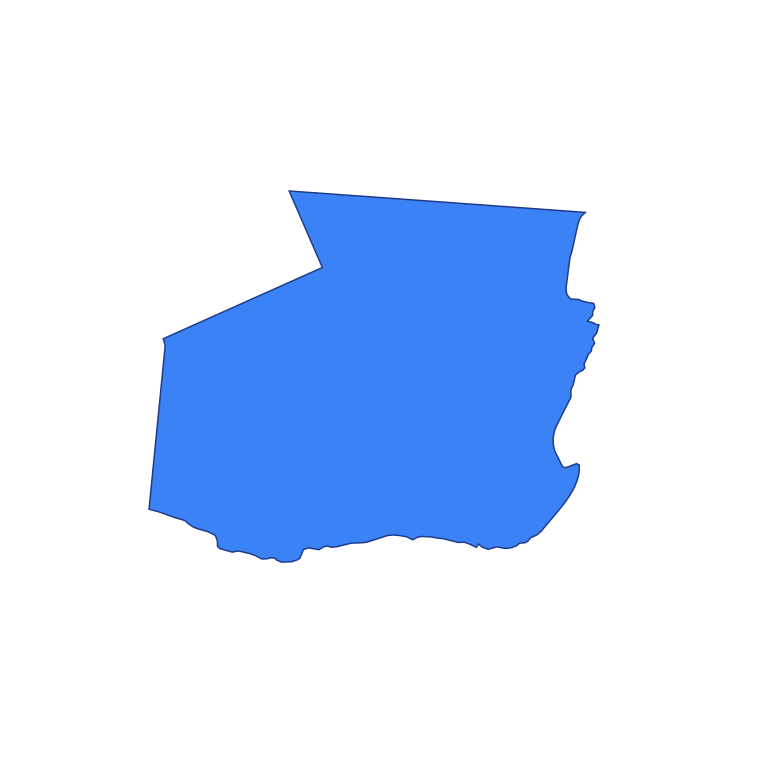 the district of Ngerbelau, Angaur, Palau, rotated 54°
{"feature_id": "81905179B91574201730062", "entity_name": "Ngerbelau", "entity_type": "district", "adm_level": 2, "iso_a3": "PLW", "parent_name": "Palau", "parent_adm1": "Angaur", "projection": "mercator", "projection_center": [134.149, 6.91], "detail": "fine", "context": "isolated", "style": "filled", "palette": "blue", "viewbox_px": 768, "rotation_deg": 54, "n_neighbors": 0, "source": "geoboundaries", "source_scale": "gbopen_adm2", "svg_char_len": 1742}
<svg xmlns="http://www.w3.org/2000/svg" viewBox="0 0 768 768"><g transform="rotate(54 384 384)"><path d="M217.6,536.0L224.4,538.5L347.2,647.7L355.5,641.0L368.4,632.3L377.3,625.4L382.2,624.3L387.1,622.6L391.1,620.2L399.9,613.3L407.2,609.5L412.4,610.8L414.9,612.3L417.4,614.1L420.5,613.7L430.8,605.6L433.2,600.4L435.4,598.2L440.0,594.3L442.3,592.2L447.2,589.0L453.8,585.6L456.6,581.4L458.1,577.5L460.6,574.8L463.8,574.1L467.8,571.7L473.5,563.1L475.4,557.3L475.4,554.3L473.6,551.4L470.7,546.6L471.9,541.7L479.8,534.0L480.3,528.2L481.9,525.0L485.1,522.5L487.7,518.3L493.6,503.9L500.1,494.2L502.1,490.2L508.6,470.4L511.1,465.9L515.3,460.9L521.0,455.4L526.9,452.3L527.7,446.8L529.6,443.0L535.1,436.1L540.6,430.8L543.7,427.2L555.9,417.0L559.0,412.2L563.4,409.1L570.4,405.3L569.1,401.6L574.0,400.3L578.9,396.9L582.0,388.5L588.0,382.9L589.8,380.3L591.4,376.8L592.8,371.6L592.4,368.0L595.3,363.2L595.7,360.0L594.5,355.6L595.5,351.5L595.9,348.6L595.5,343.0L594.6,340.0L588.2,314.3L586.0,306.6L583.7,300.2L581.4,294.7L578.9,289.7L576.0,285.2L572.8,280.9L569.3,277.3L564.4,273.7L561.6,275.0L559.5,282.9L558.2,286.8L555.5,288.1L538.5,285.2L534.2,283.4L530.7,281.6L527.3,279.0L524.3,276.1L521.7,272.9L519.1,268.7L515.4,261.7L504.6,240.6L498.2,235.9L495.9,231.4L489.3,223.9L489.0,218.5L489.7,215.3L489.0,212.1L485.4,210.4L482.4,204.9L480.3,201.7L479.1,196.8L476.5,194.2L474.9,189.7L469.5,188.3L468.0,182.4L462.6,175.4L459.8,177.8L457.1,179.0L452.6,182.4L451.1,174.8L448.2,172.7L446.0,168.5L442.0,167.0L438.0,171.0L432.9,175.3L430.1,176.8L424.9,183.1L419.5,183.5L416.6,182.3L413.0,180.0L391.2,159.4L386.9,153.7L370.3,135.0L365.9,129.5L364.2,125.4L363.5,120.3L172.1,347.3L253.5,365.4L217.6,536.0Z" fill="#3b82f6" stroke="#1e3a8a" stroke-width="1.5"/></g></svg>